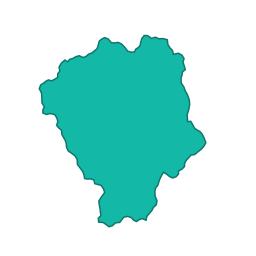 the district of Brás Pires, Minas Gerais, Brazil, rotated 341°
{"feature_id": "56859067B189546975189", "entity_name": "Brás Pires", "entity_type": "district", "adm_level": 2, "iso_a3": "BRA", "parent_name": "Brazil", "parent_adm1": "Minas Gerais", "projection": "robinson", "projection_center": [-43.23, -20.882], "detail": "fine", "context": "isolated", "style": "filled", "palette": "teal", "viewbox_px": 256, "rotation_deg": 341, "n_neighbors": 0, "source": "geoboundaries", "source_scale": "gbopen_adm2", "svg_char_len": 2102}
<svg xmlns="http://www.w3.org/2000/svg" viewBox="0 0 256 256"><g transform="rotate(341 128 128)"><path d="M115.1,221.1L117.0,217.7L120.1,215.9L123.8,213.7L126.1,211.4L129.6,209.9L131.8,206.1L131.4,201.2L132.9,196.4L134.6,193.6L137.3,192.1L139.3,189.4L141.6,186.5L144.7,183.5L147.1,181.4L149.7,184.5L151.3,187.2L153.9,189.8L157.7,189.7L160.7,188.0L161.9,185.0L165.5,184.5L168.8,182.9L170.1,179.8L172.3,177.7L175.5,176.0L178.8,174.1L182.5,174.8L185.5,173.6L190.1,172.0L193.4,170.3L196.8,167.3L196.7,162.1L196.1,157.7L194.8,154.6L192.8,152.6L190.9,150.0L190.3,146.2L189.5,142.1L186.4,141.3L187.4,137.9L188.4,134.4L191.4,130.5L194.0,125.7L195.1,121.5L195.1,118.3L194.9,115.0L194.2,111.6L194.2,107.6L193.0,102.8L194.4,98.1L196.4,95.4L197.8,92.7L201.2,91.4L201.4,87.6L201.4,83.7L203.6,80.6L202.7,76.7L200.0,73.7L194.9,73.1L195.3,69.2L193.8,66.0L192.9,62.0L193.9,57.3L190.1,54.8L186.2,53.7L183.6,51.1L179.3,50.9L176.7,47.1L173.5,45.8L170.1,48.0L167.9,51.1L166.3,54.0L163.8,55.3L161.0,56.0L159.0,58.1L156.1,57.6L152.7,55.3L151.3,50.8L149.3,46.5L146.5,43.8L143.2,43.3L140.0,41.9L138.3,37.4L135.3,34.9L131.6,35.5L129.0,36.6L126.7,40.2L124.5,43.0L122.0,43.9L118.7,45.2L114.7,45.4L111.9,46.6L108.6,46.8L105.4,43.8L101.8,43.6L98.6,44.3L95.1,44.1L92.6,45.8L90.4,43.2L85.9,45.1L82.7,47.9L82.0,52.0L79.3,53.8L77.9,57.3L74.3,58.1L71.1,58.5L68.3,56.6L65.5,57.1L62.7,58.1L59.6,58.8L56.9,61.9L57.6,66.8L56.3,71.8L54.8,76.2L55.8,80.7L53.6,82.9L52.4,86.1L55.2,88.6L58.6,88.9L61.2,90.1L63.4,92.1L64.0,96.1L63.7,99.1L61.4,102.2L62.4,105.1L64.4,108.4L63.4,112.7L64.0,116.1L64.6,119.2L64.6,122.6L63.6,126.0L64.0,130.2L66.2,133.2L68.8,137.0L69.7,141.3L68.3,145.9L69.6,150.0L71.0,154.4L71.1,158.3L70.5,161.6L73.0,163.1L76.2,164.0L78.9,166.1L78.4,169.8L81.0,171.5L84.0,173.6L85.0,177.7L85.0,181.3L82.7,182.9L80.4,184.5L76.6,187.6L75.8,191.2L75.3,195.2L74.4,198.9L74.0,201.9L70.5,203.7L69.6,207.4L73.9,209.4L76.2,212.6L77.9,215.2L81.5,215.3L85.3,213.6L89.5,214.6L92.5,212.6L95.0,210.9L98.9,211.5L102.0,213.8L103.4,217.1L105.6,219.2L108.9,218.3L112.1,218.4L115.1,221.1Z" fill="#14b8a6" stroke="#0f766e" stroke-width="1.5"/></g></svg>